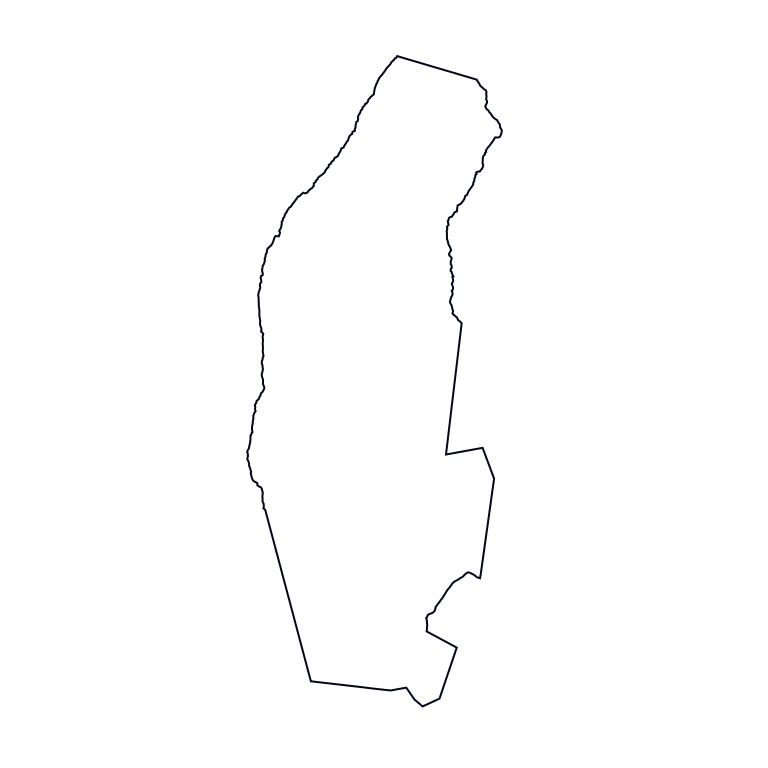 the district of Baixa Grande do Ribeiro, Piauí, Brazil, rotated 174°
{"feature_id": "56859067B86459702115755", "entity_name": "Baixa Grande do Ribeiro", "entity_type": "district", "adm_level": 2, "iso_a3": "BRA", "parent_name": "Brazil", "parent_adm1": "Piauí", "projection": "natural_earth1", "projection_center": [-45.157, -8.515], "detail": "fine", "context": "isolated", "style": "outline", "palette": "ink", "viewbox_px": 768, "rotation_deg": 174, "n_neighbors": 0, "source": "geoboundaries", "source_scale": "gbopen_adm2", "svg_char_len": 5697}
<svg xmlns="http://www.w3.org/2000/svg" viewBox="0 0 768 768"><g transform="rotate(174 384 384)"><path d="M487.8,96.0L479.5,94.1L435.0,84.2L432.1,83.5L424.6,81.8L409.4,78.5L405.8,78.8L393.6,79.7L386.6,66.9L380.7,60.8L379.3,59.3L361.7,65.3L339.2,114.2L367.5,133.5L366.9,135.6L366.6,138.0L366.2,139.6L366.2,143.3L366.1,145.1L366.6,146.8L365.5,147.7L364.8,149.4L363.3,150.4L360.0,151.2L358.8,151.9L357.2,153.3L355.8,157.0L348.4,165.0L347.5,166.0L342.2,172.9L340.9,173.9L336.8,178.5L335.2,179.8L330.6,181.8L328.5,183.0L326.6,183.7L325.5,184.3L323.8,185.9L321.5,187.4L320.1,187.9L318.5,187.4L314.6,184.9L311.4,181.9L308.8,180.8L307.5,185.4L284.4,278.4L292.6,310.2L329.7,307.4L320.0,350.2L300.4,436.3L302.1,438.5L303.7,439.9L304.4,442.4L306.2,444.1L306.9,445.3L308.0,446.0L308.5,447.2L307.6,449.2L308.2,451.8L308.5,455.0L309.4,456.9L309.9,458.8L308.1,463.3L306.9,464.9L306.3,466.6L306.4,468.0L307.0,469.5L305.8,470.4L305.2,472.6L306.1,476.7L305.0,478.1L304.3,479.9L304.6,481.9L304.8,483.5L303.7,483.7L304.8,486.5L305.0,488.4L305.9,489.4L305.5,491.7L304.4,492.5L304.4,494.7L305.1,496.5L304.7,499.2L304.1,500.4L303.5,502.1L304.6,504.0L305.6,504.9L305.8,506.4L304.6,508.4L303.3,509.9L303.8,512.5L304.6,514.4L305.2,515.9L305.7,519.7L306.2,521.8L306.0,524.1L305.6,527.5L305.7,529.3L304.8,531.8L305.0,533.7L303.1,535.6L303.6,539.3L302.7,540.4L302.1,542.3L300.5,543.2L299.0,543.3L297.9,544.7L297.0,545.7L296.3,547.0L295.1,547.7L293.4,548.1L293.1,550.0L292.1,553.9L290.0,554.7L288.6,555.3L287.4,556.8L286.4,557.5L285.7,558.5L284.6,559.7L284.1,561.4L283.4,562.6L281.6,563.4L280.5,565.7L278.8,568.1L275.7,571.4L274.5,573.0L274.1,575.1L273.1,576.2L272.6,578.8L271.6,580.4L271.3,582.2L270.0,583.0L270.4,584.6L268.7,585.4L266.5,585.3L265.5,586.5L264.2,587.7L263.0,589.5L262.4,591.3L262.9,592.7L262.5,595.9L262.0,599.0L261.1,600.7L259.6,601.7L259.5,603.2L258.1,604.1L258.4,605.4L255.9,608.4L254.5,609.6L252.0,612.3L250.2,614.4L249.2,615.5L247.8,617.6L244.9,617.2L243.0,617.7L242.2,618.7L241.0,621.2L240.3,623.5L240.7,625.2L241.7,626.9L241.6,629.9L242.6,631.5L243.5,633.5L243.9,634.7L245.4,635.7L246.8,637.0L248.1,638.6L248.8,640.2L249.6,641.7L250.9,643.4L251.5,645.0L253.0,646.4L253.7,647.7L254.3,649.7L253.0,651.6L252.2,652.9L252.0,654.4L252.7,656.6L252.3,657.8L252.0,659.2L252.0,662.1L251.5,663.5L252.2,665.7L253.8,666.8L254.9,668.2L257.0,670.4L258.3,673.6L259.3,675.4L260.0,677.0L266.7,679.8L336.6,708.7L337.6,707.2L338.8,706.9L339.7,705.9L341.5,704.3L343.2,703.2L343.9,701.8L345.9,699.9L347.6,698.5L349.1,697.0L350.1,695.5L354.1,691.3L355.2,690.4L356.9,688.6L357.6,687.3L358.5,686.2L359.4,684.1L360.3,683.1L361.2,681.1L362.3,679.1L362.7,677.4L363.4,675.2L363.8,673.2L367.3,670.8L368.1,669.9L369.8,668.5L370.4,666.7L372.1,664.8L373.3,664.7L374.4,662.8L376.4,661.3L376.9,659.5L378.2,658.7L379.7,655.7L380.7,654.8L382.1,652.2L381.9,650.6L382.8,648.1L384.0,647.6L384.8,645.5L385.2,644.2L385.4,642.6L386.4,640.2L386.5,638.7L387.9,638.5L389.0,638.0L389.5,636.0L390.7,635.6L392.4,634.1L393.5,632.1L394.2,630.2L395.2,629.3L397.2,626.7L398.5,625.2L399.6,623.3L401.8,622.8L402.6,620.9L403.2,619.8L404.2,618.6L405.0,617.4L405.7,616.1L406.6,615.1L409.4,614.1L410.5,612.0L412.2,610.9L413.3,609.9L413.9,608.7L415.9,607.7L416.5,605.6L418.0,604.6L420.1,602.2L420.8,600.7L421.8,599.9L422.8,599.3L423.8,598.5L425.1,597.9L427.0,596.8L428.2,595.9L428.8,594.4L430.4,593.5L430.9,592.0L432.0,591.5L432.9,590.7L433.1,588.4L434.2,587.4L435.2,586.2L436.7,585.6L437.6,585.0L439.0,583.9L440.1,582.5L441.7,581.9L443.0,582.0L444.3,582.7L445.7,581.8L447.1,580.7L448.4,579.6L450.1,579.3L450.9,578.1L452.8,576.1L454.1,574.6L455.9,572.8L458.0,570.2L459.8,569.2L460.7,568.1L461.7,567.2L462.7,565.3L463.8,564.2L464.8,562.9L465.8,560.5L467.2,559.1L467.5,557.4L468.7,556.2L469.0,553.7L469.5,552.1L470.1,550.0L471.3,548.6L472.2,547.2L471.6,545.6L472.2,543.8L473.2,541.8L474.9,542.2L476.4,542.5L477.7,540.9L478.5,539.0L479.2,537.5L480.2,535.6L481.6,533.8L482.6,533.2L484.0,532.0L485.5,531.0L486.1,529.7L486.6,528.3L487.0,526.6L488.1,525.3L488.4,523.6L488.8,522.4L489.6,521.0L489.5,519.2L490.3,517.4L490.9,515.9L492.3,514.2L492.7,512.2L493.4,510.2L493.4,508.8L493.0,507.0L493.3,504.9L495.0,504.2L495.6,502.5L495.3,500.1L495.4,498.0L496.7,496.9L497.1,495.4L497.0,492.6L497.9,490.7L499.2,487.9L499.9,485.2L499.7,483.0L499.8,481.6L499.9,480.1L500.2,476.4L500.4,473.7L500.2,472.2L500.3,468.9L500.7,466.9L500.8,464.2L500.5,460.2L500.7,458.5L501.1,456.7L500.9,454.8L500.2,452.3L500.3,450.2L500.8,449.0L499.3,447.4L498.8,446.1L499.6,444.4L499.8,443.2L499.8,441.8L499.7,440.3L500.4,436.9L500.6,433.0L500.8,431.2L501.2,428.8L500.9,424.3L502.0,422.7L502.1,421.3L503.2,419.2L503.4,416.9L502.9,415.6L503.0,413.0L502.8,411.5L503.4,409.6L503.9,408.3L504.5,406.7L504.7,405.2L504.4,403.2L503.9,401.2L504.1,398.4L504.4,396.7L503.4,393.3L503.7,391.7L504.4,390.6L505.6,388.9L507.5,387.4L508.0,385.5L509.3,384.0L510.2,382.1L512.3,380.6L513.2,378.5L514.0,377.4L514.7,376.2L514.4,374.6L514.9,372.8L514.6,370.2L515.9,368.9L516.6,367.5L517.2,366.4L517.5,364.3L517.6,362.6L518.2,361.4L518.5,359.8L518.8,357.9L519.5,356.1L519.9,354.1L520.1,351.9L519.8,349.9L521.0,348.7L521.4,347.3L522.3,346.4L522.4,344.0L522.9,341.7L523.4,339.1L524.2,337.3L524.7,335.5L525.0,334.1L526.2,332.7L527.0,331.2L526.9,329.3L526.7,327.6L527.0,325.9L527.7,324.5L527.6,322.9L526.9,321.1L526.5,319.3L526.7,316.8L526.0,314.4L525.7,312.2L525.3,310.8L525.9,309.0L525.5,307.3L525.4,305.5L524.9,303.4L524.2,301.5L522.7,300.3L521.4,299.4L520.4,298.6L520.5,296.5L519.1,295.3L516.9,293.7L516.4,292.1L516.3,290.6L515.9,289.0L516.3,286.7L516.7,284.7L516.7,283.2L516.9,281.5L517.1,279.9L516.3,277.7L516.2,275.2L516.9,273.0L515.3,271.3L512.8,255.5L487.8,96.0Z" fill="none" stroke="#020617" stroke-width="2"/></g></svg>